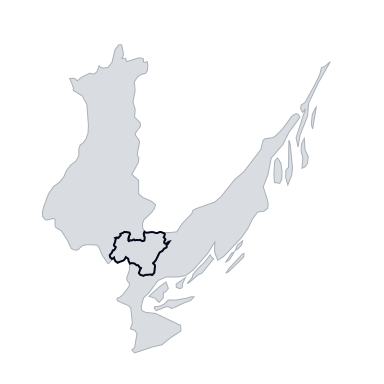 where Karlovacka sits in Croatia, rotated 264°
{"feature_id": "HRV-1583", "entity_name": "Karlovacka", "entity_type": "County", "adm_level": 1, "iso_a3": "HRV", "parent_name": "Croatia", "parent_adm1": "", "projection": "orthographic", "projection_center": [15.498, 45.287], "detail": "medium", "context": "in_parent", "style": "outline", "palette": "ink", "viewbox_px": 384, "rotation_deg": 264, "n_neighbors": 0, "source": "natural_earth", "source_scale": "10m", "svg_char_len": 5531}
<svg xmlns="http://www.w3.org/2000/svg" viewBox="0 0 384 384"><g transform="rotate(264 192 192)"><path d="M41.2,115.6L43.1,118.6L56.8,122.5L59.8,121.0L61.6,118.6L61.7,117.0L62.9,116.6L67.6,119.0L82.5,119.0L85.5,117.2L91.2,106.9L93.0,106.1L94.2,106.5L95.1,109.6L97.2,112.5L104.6,119.5L107.4,120.3L110.2,118.5L113.0,118.0L121.1,121.7L128.0,122.4L133.1,120.5L130.6,114.9L130.2,112.1L130.5,109.6L134.0,107.2L133.9,106.1L129.7,101.8L129.9,100.7L139.1,95.9L148.0,93.2L149.4,91.1L150.6,82.0L150.1,77.2L146.5,72.7L146.3,70.4L147.1,68.0L148.5,65.9L156.1,63.4L167.2,58.0L170.6,53.1L172.6,52.3L178.8,52.9L180.2,51.7L179.2,44.6L180.3,42.8L183.5,40.8L189.0,41.5L193.6,43.3L205.5,49.3L212.0,55.0L215.6,61.3L220.5,66.1L226.6,69.5L231.4,74.1L235.1,80.1L240.1,83.3L246.5,83.9L250.6,85.8L252.4,89.1L255.9,92.1L261.2,94.7L269.4,96.0L289.9,96.6L298.9,93.0L305.4,84.5L308.3,85.0L317.7,82.2L317.3,87.1L314.6,89.5L317.7,94.4L320.8,102.6L319.4,106.8L321.4,109.9L327.3,112.8L325.7,113.8L324.5,116.6L324.6,121.5L329.4,126.0L342.0,130.5L345.9,134.5L346.0,136.2L345.4,137.5L335.9,138.3L332.2,136.4L331.9,139.7L328.5,140.9L331.0,153.0L330.3,156.5L329.1,157.7L326.4,157.2L325.7,158.4L326.4,161.0L323.0,161.4L317.4,160.3L314.8,158.1L314.1,153.4L312.2,149.9L307.7,146.2L298.5,146.0L287.7,142.7L280.0,144.1L272.5,142.7L266.3,147.7L263.0,147.7L256.4,141.9L254.5,141.6L248.9,144.8L246.7,145.0L237.2,142.0L233.8,141.6L231.3,142.7L226.8,141.6L215.8,134.0L209.2,140.1L195.5,138.8L191.5,142.9L187.0,150.7L183.2,154.4L179.9,153.1L176.0,149.8L169.2,141.1L165.8,139.5L161.8,139.2L158.4,140.1L156.6,141.9L154.0,165.9L154.0,172.7L161.6,178.9L170.6,189.6L173.5,190.8L175.0,194.3L179.6,213.5L184.2,220.2L200.0,235.8L206.7,245.7L227.0,264.8L235.9,268.1L237.3,269.9L237.6,277.5L238.6,280.3L244.7,288.1L257.1,299.4L258.5,302.1L259.0,304.0L258.2,305.6L255.1,307.2L240.9,294.4L229.9,287.5L217.4,274.3L200.9,269.2L189.7,263.4L175.6,266.3L171.0,266.4L167.7,265.4L165.4,261.7L165.3,255.2L158.7,249.3L149.8,243.7L141.5,236.5L124.7,216.9L121.4,210.5L130.0,208.2L139.9,209.5L129.2,201.1L114.0,184.7L109.5,177.0L109.0,168.7L110.2,157.3L107.6,149.1L96.0,138.4L91.8,132.8L83.2,129.4L79.3,129.7L77.0,133.7L75.1,142.9L60.5,166.7L55.0,166.5L49.0,154.9L43.2,146.1L42.1,136.9L38.0,118.1L41.2,115.6ZM302.4,333.9L302.6,336.7L307.2,343.2L287.2,328.9L268.4,317.4L255.3,314.8L237.2,305.4L225.6,302.2L235.1,301.2L262.8,313.5L259.7,310.2L263.6,308.7L267.0,309.6L269.2,313.8L285.0,324.8L295.1,331.2L302.4,333.9ZM87.9,180.2L87.5,183.1L84.3,179.4L82.7,172.9L78.9,162.2L78.4,159.2L80.5,156.3L80.4,153.3L77.7,144.0L80.1,142.5L81.6,142.4L82.0,148.8L83.3,152.5L87.1,157.1L86.2,164.6L86.9,175.4L87.9,180.2ZM105.2,156.8L98.6,158.4L95.6,155.5L94.8,153.1L89.5,152.3L85.7,147.6L90.3,144.0L92.8,138.3L101.5,150.2L105.2,156.8ZM211.1,283.4L202.6,283.7L195.1,282.5L191.5,280.2L192.8,275.0L201.1,275.3L213.7,277.4L216.8,280.1L215.9,281.3L211.1,283.4ZM233.5,293.8L229.7,294.6L205.6,294.5L198.5,293.0L189.0,288.0L196.9,286.7L204.2,287.8L206.5,290.6L233.5,293.8ZM124.9,204.7L123.5,206.7L110.3,193.4L108.8,189.0L102.3,180.0L101.4,177.6L107.3,183.6L109.6,184.1L115.3,189.9L120.9,197.2L127.6,203.6L124.9,204.7ZM204.1,303.9L214.2,305.8L221.6,304.8L228.3,305.9L233.5,309.3L222.0,308.8L215.1,311.3L209.0,310.1L206.7,308.6L205.0,306.6L204.1,303.9ZM124.8,235.5L125.5,237.3L121.9,236.6L109.0,220.2L107.6,217.1L112.2,220.9L124.8,235.5ZM102.1,166.6L107.4,176.4L102.5,173.4L98.0,172.2L97.1,169.9L98.8,166.4L102.1,166.6ZM256.7,319.8L264.2,324.7L242.2,318.6L247.0,317.7L256.7,319.8ZM134.6,231.7L138.1,237.2L134.7,236.0L131.2,232.6L129.2,228.9L134.6,231.7ZM127.1,225.0L127.9,227.7L121.3,222.7L118.3,217.9L127.1,225.0Z" fill="#d9dde1" stroke="#a8b0b8" stroke-width="1"/><path d="M157.4,140.6L156.8,141.1L156.2,142.7L156.4,147.7L156.2,148.9L154.9,152.1L154.9,153.5L155.6,155.7L155.4,157.1L154.1,159.4L153.8,160.1L153.4,160.5L152.6,160.5L151.4,160.0L149.9,159.1L149.7,159.2L148.7,160.1L147.7,160.6L147.3,160.5L146.2,159.5L145.0,159.1L144.2,159.1L143.3,160.3L143.2,160.7L143.5,161.3L144.8,163.3L145.0,164.3L142.9,162.6L142.1,161.3L141.1,161.1L140.1,161.2L139.6,160.9L139.1,160.0L138.6,158.3L136.6,156.6L135.4,153.8L135.0,153.3L127.9,148.9L126.4,147.3L125.4,145.9L125.2,145.8L124.9,146.0L123.6,147.3L121.8,147.4L115.6,146.0L113.6,143.8L113.6,143.4L114.0,143.1L114.3,142.6L114.3,138.7L114.5,137.2L113.8,135.2L113.7,134.8L114.3,134.1L114.7,132.5L115.0,132.0L116.8,130.7L117.4,130.8L118.4,131.5L119.9,132.0L120.5,132.3L121.4,133.3L121.7,133.4L122.7,131.8L124.4,131.1L124.8,130.7L124.9,130.4L124.9,129.7L125.0,129.2L126.9,127.3L127.3,125.9L127.6,124.5L127.5,123.6L127.2,122.8L130.1,121.7L131.8,121.7L132.3,121.5L134.2,119.4L131.6,117.6L130.9,116.3L130.1,112.8L129.5,111.1L129.4,110.5L130.4,109.8L130.9,108.7L133.8,107.6L134.9,107.6L133.7,105.4L134.4,105.0L135.4,103.9L137.4,103.5L138.1,103.8L138.8,104.7L140.1,106.0L142.2,107.1L142.1,107.7L142.2,108.2L143.1,109.2L145.0,110.4L145.4,110.4L146.4,109.1L147.3,108.8L148.1,109.0L150.0,110.2L151.9,110.7L153.3,111.4L153.5,111.4L154.3,110.8L154.6,112.3L154.6,112.7L153.9,113.6L154.0,114.0L155.1,115.0L156.3,116.5L157.8,116.3L158.6,119.2L159.4,120.5L159.0,122.1L159.1,122.7L158.4,124.2L158.4,124.9L158.3,125.3L157.9,125.6L156.4,126.0L154.5,124.6L153.3,124.6L152.8,123.9L152.1,123.9L150.7,123.6L149.7,124.1L149.7,124.3L150.5,125.3L150.1,127.2L150.9,129.2L150.1,130.0L149.9,130.3L150.1,131.9L149.7,134.0L149.9,135.3L149.2,136.1L148.4,137.4L148.3,137.7L148.5,139.1L148.8,139.6L152.2,140.3L153.1,139.7L154.6,139.9L155.2,139.6L156.4,140.0L157.4,140.6Z" fill="none" stroke="#020617" stroke-width="2"/></g></svg>